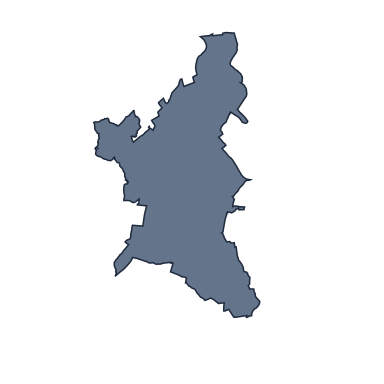 Hereclean, Salaj, Romania, rotated 335°
{"feature_id": "2599482B77807603099760", "entity_name": "Hereclean", "entity_type": "district", "adm_level": 2, "iso_a3": "ROU", "parent_name": "Romania", "parent_adm1": "Salaj", "projection": "natural_earth1", "projection_center": [22.997, 47.257], "detail": "fine", "context": "isolated", "style": "filled", "palette": "slate", "viewbox_px": 384, "rotation_deg": 335, "n_neighbors": 0, "source": "geoboundaries", "source_scale": "gbopen_adm2", "svg_char_len": 6037}
<svg xmlns="http://www.w3.org/2000/svg" viewBox="0 0 384 384"><g transform="rotate(335 192 192)"><path d="M193.9,329.3L194.0,328.6L194.5,327.8L196.3,325.9L199.2,324.4L201.1,324.3L204.3,323.0L206.2,321.4L207.1,319.9L206.9,318.7L206.5,317.6L205.5,314.2L205.5,313.1L206.3,310.8L206.2,308.4L207.0,306.1L206.2,305.6L203.2,304.3L203.5,302.5L203.3,301.1L203.5,300.6L205.3,299.8L206.3,297.8L206.3,297.2L206.8,296.7L207.8,295.0L208.4,293.6L207.7,291.9L207.7,290.4L208.1,289.1L207.6,288.4L207.7,287.8L205.6,286.1L205.8,284.2L206.5,282.3L206.6,280.3L206.5,278.0L206.1,275.7L205.9,275.7L205.5,272.8L206.0,271.1L205.9,270.8L206.1,269.1L208.8,260.3L207.6,260.0L208.9,255.8L207.1,255.4L206.4,254.9L205.6,254.1L205.3,252.8L202.5,252.0L202.1,249.2L201.9,246.1L202.2,245.8L202.2,243.9L202.2,243.0L201.7,241.8L202.3,242.0L203.2,241.2L209.6,232.0L212.0,229.0L214.2,226.8L214.3,226.1L215.1,225.8L215.4,225.9L215.4,225.4L215.7,225.2L216.0,225.1L218.3,226.8L218.8,227.5L219.6,227.6L222.4,227.4L224.4,226.5L227.5,226.0L227.0,228.0L231.7,230.0L232.1,229.1L233.3,227.8L230.1,226.1L224.9,222.7L222.8,222.5L223.7,220.6L224.6,219.8L225.7,218.0L226.3,217.8L226.7,216.8L227.1,216.7L227.1,215.1L226.6,213.1L228.1,213.2L230.9,211.7L234.0,210.6L236.7,208.5L241.4,206.8L244.6,204.9L246.7,204.6L249.2,205.6L250.2,205.6L248.6,204.6L246.7,203.1L246.2,202.5L244.7,199.7L244.1,197.6L243.3,189.3L243.3,187.7L242.3,180.1L241.8,178.0L240.4,175.5L239.3,170.5L238.3,167.8L237.7,165.1L240.5,164.8L241.2,164.2L242.4,164.0L242.2,163.6L242.4,162.8L241.3,160.6L240.5,157.5L240.6,157.3L239.9,155.4L240.0,155.1L239.2,153.7L244.4,152.5L244.4,151.2L244.6,150.6L243.8,148.1L245.7,145.9L247.4,144.7L249.1,143.9L252.3,143.1L254.4,141.0L256.2,139.7L256.4,139.2L259.5,136.7L259.5,137.1L259.9,136.8L260.6,135.7L265.7,143.8L266.4,145.8L267.2,150.2L269.4,152.3L269.8,152.5L271.0,152.5L272.5,151.4L271.5,146.6L269.6,141.1L269.4,141.1L269.2,140.7L268.1,136.2L268.6,136.1L275.3,131.9L281.9,128.0L283.2,126.1L284.5,122.2L284.7,120.7L284.4,117.8L284.0,116.4L282.4,113.6L283.0,113.9L283.8,113.5L284.5,112.8L285.1,111.0L285.7,110.5L286.3,108.5L286.0,106.3L286.1,105.4L285.5,104.2L284.5,101.5L282.9,99.0L282.3,97.6L282.0,96.2L280.7,93.9L280.5,93.3L280.6,92.4L280.9,91.5L281.9,90.4L282.6,89.6L284.2,88.7L284.8,87.8L286.2,87.2L291.1,84.3L292.2,83.0L293.0,82.5L293.7,80.4L294.7,78.6L295.5,77.9L297.4,65.8L289.9,61.7L286.9,61.1L286.2,62.4L276.2,58.8L277.4,57.5L274.8,57.4L273.5,57.8L272.8,57.2L265.2,54.7L266.9,58.6L267.2,59.7L267.3,63.8L267.0,65.4L266.5,66.6L265.4,68.0L262.8,69.8L260.6,70.4L257.7,71.7L255.5,71.9L253.1,73.5L249.8,77.6L247.9,80.7L246.8,84.1L246.6,85.6L246.0,87.8L241.3,88.2L240.6,92.1L240.5,93.7L231.0,93.0L229.4,93.1L229.5,90.3L230.6,85.3L229.0,85.0L226.2,87.8L225.9,88.6L225.0,89.5L223.1,90.6L215.7,93.7L210.9,98.8L209.7,99.0L209.0,100.5L206.4,101.2L205.7,99.4L205.6,98.6L205.7,95.0L199.4,96.8L199.3,97.7L199.6,99.8L200.5,103.0L194.8,105.2L194.2,109.2L185.7,110.0L185.8,112.5L186.3,114.0L186.2,114.0L186.4,115.1L186.4,116.6L186.1,117.0L185.2,117.3L184.6,118.1L183.0,119.0L182.9,119.4L180.9,116.4L180.8,115.6L180.9,114.5L180.0,114.9L180.1,116.9L174.5,118.3L172.2,119.4L169.3,119.7L167.3,120.1L160.0,122.1L159.8,120.6L160.4,116.0L161.5,116.5L162.2,116.3L162.1,117.1L163.7,118.2L164.2,118.0L164.1,117.8L164.7,118.0L165.4,117.8L165.6,117.1L165.4,116.3L165.9,115.9L166.8,115.8L167.4,115.0L167.8,113.8L172.9,111.6L173.0,111.0L172.6,108.5L172.7,108.1L173.0,107.5L173.6,107.1L174.3,105.5L174.8,105.0L174.6,104.9L174.7,104.2L175.0,103.5L174.0,100.3L172.7,99.8L172.9,96.6L173.6,95.0L173.8,93.7L173.4,93.5L167.2,96.1L166.0,96.3L163.7,96.1L162.3,97.3L158.0,99.4L153.3,100.9L152.3,100.7L152.1,99.3L151.3,99.0L150.1,97.0L149.4,96.7L148.3,95.5L147.0,94.5L146.8,93.8L146.8,92.7L146.6,92.4L146.9,91.9L147.2,90.5L146.5,89.4L144.7,89.1L143.7,88.6L143.2,88.9L141.9,88.9L140.1,88.5L138.9,88.9L137.0,89.0L135.9,88.7L133.8,87.5L132.3,87.5L132.4,89.2L130.7,93.5L130.5,94.6L130.7,96.1L131.1,97.3L131.0,98.6L131.6,99.3L132.2,99.6L132.3,100.0L131.7,100.6L130.9,102.0L131.0,103.4L130.7,103.5L130.3,104.4L129.8,104.4L129.1,105.2L127.4,107.4L127.4,107.7L127.8,108.0L126.7,109.8L124.8,110.8L124.7,111.2L124.9,112.1L123.9,111.1L123.4,110.9L122.4,112.0L122.5,112.5L123.1,113.3L122.8,114.0L122.4,114.2L120.7,116.8L120.9,118.3L121.9,119.8L122.9,120.5L123.4,121.2L124.2,121.6L125.7,124.3L126.6,125.2L127.7,125.9L129.2,127.8L131.5,129.2L133.5,129.0L136.4,127.5L136.5,128.0L135.7,129.6L136.2,131.1L136.6,133.6L137.0,134.0L137.9,134.3L138.4,135.1L137.6,138.2L138.9,141.7L138.6,144.4L139.0,146.6L137.6,149.4L137.5,150.7L137.8,151.9L136.7,152.9L137.2,153.6L138.2,154.2L138.2,154.4L137.4,155.2L137.4,155.6L138.3,155.8L137.2,157.3L134.9,156.6L133.5,157.0L131.1,160.9L129.7,165.0L129.4,166.9L127.6,169.2L126.6,170.9L131.1,173.0L132.6,174.3L133.3,175.9L134.2,176.7L135.3,177.1L136.9,177.0L141.0,176.1L138.9,179.9L137.8,180.2L137.3,180.0L137.0,180.6L145.0,185.4L139.8,191.8L133.0,202.1L124.0,197.0L123.4,197.6L122.1,199.5L121.0,201.5L120.5,201.9L118.3,205.0L117.9,206.1L116.2,208.3L112.6,208.1L111.4,208.4L110.2,209.2L112.2,212.9L111.0,213.6L105.3,216.2L103.3,217.4L101.0,218.4L100.4,218.3L99.3,219.1L98.0,219.5L97.4,220.1L94.2,221.5L91.7,223.1L90.3,226.3L90.4,227.4L90.2,228.8L90.3,229.9L89.9,231.3L89.1,232.0L89.2,233.1L89.0,233.6L88.2,234.6L86.6,235.9L92.7,234.2L97.2,233.2L101.2,231.7L106.2,229.5L108.9,227.8L110.4,226.2L113.9,228.8L120.7,235.3L121.4,235.7L122.8,237.9L124.9,239.1L126.3,239.1L126.4,239.5L127.5,240.5L128.8,242.2L133.3,244.1L135.8,244.3L143.4,246.9L143.6,247.1L142.9,247.5L144.7,248.6L138.8,255.3L144.1,260.8L146.2,263.4L147.2,264.9L148.9,265.5L150.6,267.6L147.7,271.7L148.5,272.2L149.3,275.6L149.5,276.1L150.6,277.2L151.1,278.7L153.4,281.2L153.8,284.0L153.8,285.5L154.9,288.9L155.2,290.8L156.7,292.4L157.3,293.7L157.9,295.8L164.3,296.1L166.2,298.8L168.8,304.1L169.1,304.4L172.0,305.2L174.3,306.1L172.1,309.8L170.5,313.3L171.8,313.8L175.7,314.0L176.9,323.0L178.7,324.0L189.4,327.1L188.6,327.8L188.3,328.3L188.4,328.7L189.5,328.9L190.9,328.7L193.9,329.3Z" fill="#64748b" stroke="#1e293b" stroke-width="1.5"/></g></svg>